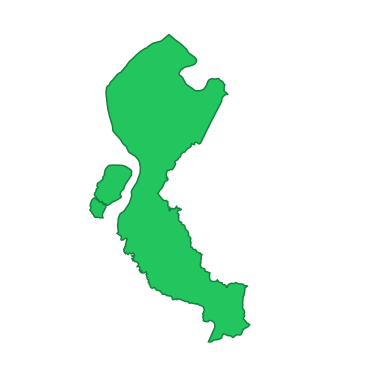 Amapá, Amapá, Brazil (Robinson projection), rotated 232°
{"feature_id": "56859067B97677328674999", "entity_name": "Amapá", "entity_type": "district", "adm_level": 2, "iso_a3": "BRA", "parent_name": "Brazil", "parent_adm1": "Amapá", "projection": "robinson", "projection_center": [-50.772, 1.676], "detail": "fine", "context": "isolated", "style": "filled", "palette": "green", "viewbox_px": 384, "rotation_deg": 232, "n_neighbors": 0, "source": "geoboundaries", "source_scale": "gbopen_adm2", "svg_char_len": 6087}
<svg xmlns="http://www.w3.org/2000/svg" viewBox="0 0 384 384"><g transform="rotate(232 192 192)"><path d="M205.4,107.4L201.4,109.0L200.1,108.6L198.2,106.7L197.5,106.8L196.6,108.3L196.7,109.9L196.3,111.2L196.0,111.8L194.8,112.1L194.4,110.7L192.8,109.2L191.7,107.4L190.5,106.6L190.2,105.2L189.2,104.3L189.0,102.9L187.5,102.5L187.2,101.8L186.6,101.7L184.4,101.6L184.6,102.4L182.1,103.2L182.4,105.3L181.2,105.6L180.3,106.4L180.2,107.2L180.5,107.7L180.1,108.1L179.5,107.8L178.8,108.1L178.3,107.8L177.9,108.0L177.3,107.5L177.5,106.8L178.7,105.3L178.2,105.2L176.7,106.1L176.1,106.1L175.8,104.7L176.7,103.7L174.2,103.2L174.3,104.1L173.7,104.4L172.4,104.1L170.8,105.7L169.2,105.7L168.6,106.0L167.4,104.5L167.0,102.9L166.0,104.1L164.8,104.6L163.4,103.6L163.3,102.6L162.6,102.4L160.9,103.5L161.2,102.2L160.4,102.2L159.6,102.9L159.2,102.6L157.7,104.5L157.2,106.7L155.2,105.9L155.3,105.1L154.1,104.9L151.0,103.2L150.2,103.2L149.8,103.7L149.2,103.4L147.6,101.9L147.1,102.4L146.5,102.3L145.4,101.3L144.5,101.6L142.8,100.8L141.0,101.1L140.5,101.5L140.3,102.9L139.8,103.6L136.5,103.6L133.8,105.9L129.5,105.9L127.8,108.0L126.0,108.3L123.8,110.4L123.5,111.1L121.6,111.6L119.4,110.4L118.3,111.5L117.6,113.8L116.4,113.9L116.3,114.6L116.6,115.1L115.7,116.0L110.4,119.0L108.1,121.2L106.0,121.5L104.9,123.2L101.5,126.0L101.0,127.0L100.4,127.0L99.9,128.0L98.4,128.1L96.1,129.7L94.9,130.1L92.2,129.6L90.9,128.4L89.2,125.3L87.6,124.9L86.8,123.6L85.5,123.2L83.8,121.8L83.2,121.8L80.7,123.7L79.9,125.0L80.2,125.8L80.1,126.4L79.0,127.9L75.9,129.1L74.3,128.6L71.8,127.1L71.1,126.3L63.8,112.7L62.8,113.7L62.1,115.1L61.8,115.9L62.1,117.1L61.7,118.8L60.9,119.7L60.4,121.0L59.7,121.5L58.8,124.9L58.8,125.6L59.8,126.6L60.9,129.8L60.2,130.4L57.3,131.4L54.6,134.1L52.6,134.4L52.0,135.0L52.1,138.4L51.9,139.3L49.7,141.9L49.5,142.8L49.9,144.2L51.3,145.9L52.2,148.0L51.4,153.5L51.8,155.7L54.1,155.1L54.9,154.5L58.2,154.7L60.1,154.3L60.9,154.8L62.1,157.3L63.4,157.6L65.0,159.5L66.3,160.1L69.8,160.4L71.1,162.1L73.8,163.9L77.9,167.8L78.4,169.0L80.3,171.3L83.4,174.4L83.8,174.9L83.8,177.7L84.3,177.6L85.3,176.2L86.6,175.4L87.5,175.7L89.1,174.4L90.2,172.7L93.8,170.6L94.1,168.5L95.9,166.8L96.5,165.1L96.4,162.6L96.0,161.8L95.3,161.5L95.4,160.7L96.3,160.4L96.8,160.9L97.4,161.0L98.8,160.6L99.5,159.7L101.1,159.3L101.7,159.8L104.1,157.9L107.2,157.8L106.7,156.3L107.5,154.9L109.4,152.5L111.3,152.1L113.0,152.7L115.5,154.3L117.2,156.3L121.7,153.5L122.4,154.2L123.7,154.6L126.6,152.8L128.2,153.0L129.0,153.8L130.1,153.9L130.6,154.7L130.6,155.6L132.5,156.4L133.2,157.7L135.1,159.3L136.0,159.7L136.6,161.4L137.8,160.5L138.5,161.0L139.0,160.8L139.2,160.2L142.2,158.9L143.4,159.4L144.8,159.1L146.1,157.5L148.3,158.0L149.2,157.2L150.4,157.8L153.2,160.4L154.2,160.4L156.3,162.6L160.2,162.5L161.1,163.5L163.7,164.5L165.4,164.0L168.3,164.5L169.5,165.3L170.8,165.3L173.3,164.1L174.6,165.1L175.6,164.6L175.8,164.0L177.6,164.0L178.7,164.5L179.8,165.7L180.8,166.0L181.9,167.6L182.4,167.4L183.4,167.8L184.5,167.4L186.0,169.7L185.4,171.7L185.0,171.6L184.7,172.1L184.8,172.6L185.4,172.8L186.5,171.7L187.1,172.0L188.3,170.4L190.1,171.1L189.5,168.0L190.2,166.8L191.5,166.2L191.6,164.8L190.9,162.8L191.5,162.6L192.6,163.2L193.2,164.9L193.7,165.0L195.3,164.1L199.1,166.9L201.0,166.6L202.4,164.8L204.4,164.1L212.3,164.2L212.1,165.5L212.9,166.8L213.6,170.6L214.3,172.5L216.5,176.2L216.7,177.7L216.2,180.0L217.1,181.2L217.9,181.1L218.4,180.4L219.1,180.5L219.2,181.5L221.3,182.0L223.7,185.0L224.0,185.9L223.3,187.3L223.0,188.9L222.0,189.8L222.1,191.7L224.0,196.2L225.4,196.8L226.2,196.6L226.7,197.2L226.2,200.9L227.0,202.1L226.9,204.4L228.3,206.3L228.6,207.3L228.5,209.6L227.9,211.4L228.4,212.5L228.9,215.3L228.4,218.4L228.6,219.5L230.2,220.9L230.2,221.6L228.3,222.4L227.9,223.2L229.1,224.2L229.0,225.5L227.6,226.5L225.5,227.2L225.2,228.7L234.8,248.5L245.3,271.4L246.6,272.4L247.7,273.8L248.0,274.9L248.2,278.4L247.2,279.6L247.1,280.3L248.5,280.3L251.3,279.5L252.0,279.6L254.5,281.7L256.3,283.9L258.3,283.7L260.0,284.1L262.7,283.0L264.8,282.9L265.6,282.1L266.2,280.5L267.2,279.2L269.2,277.4L269.9,274.5L269.4,272.7L267.2,269.2L265.8,265.0L266.0,262.9L267.2,260.2L269.1,257.7L270.3,256.7L273.6,256.0L280.4,253.7L287.9,255.0L289.8,254.8L291.8,254.1L292.7,254.1L293.6,254.8L294.9,258.2L294.8,263.4L293.0,266.8L291.7,270.3L291.2,272.6L291.5,274.4L292.2,275.9L293.1,276.9L293.8,277.1L296.5,277.1L303.7,275.0L307.9,275.5L311.1,275.1L316.6,274.1L322.8,272.3L330.3,270.8L329.9,260.8L333.2,252.8L333.7,247.4L333.3,244.6L334.0,243.8L334.5,237.7L334.3,232.8L333.6,227.5L333.4,223.0L332.0,218.3L331.5,217.8L331.6,216.4L330.1,209.4L330.6,207.8L330.6,205.3L329.2,199.2L328.6,194.8L327.6,193.6L327.3,191.9L327.5,190.9L326.8,188.9L323.8,185.9L321.3,184.1L309.5,176.9L301.8,173.4L293.5,170.2L289.1,167.5L288.1,167.2L277.3,168.0L272.4,167.3L268.4,168.2L262.8,166.8L261.7,166.9L255.0,169.4L250.7,169.5L247.3,168.9L245.8,167.6L243.6,166.9L238.8,162.6L233.6,154.3L230.7,146.1L229.5,144.2L226.6,142.5L225.5,141.4L221.6,135.3L219.2,128.0L218.8,126.1L219.1,122.1L218.2,120.2L215.9,116.9L213.3,114.9L211.9,113.1L205.8,109.3L205.4,107.4ZM240.9,113.3L239.8,115.3L237.1,115.2L236.1,116.4L235.1,116.6L234.1,116.4L233.5,117.3L233.1,119.4L233.1,122.8L232.0,127.3L231.4,132.4L231.5,133.2L232.1,133.5L233.9,133.5L235.4,135.1L236.1,137.1L236.3,139.8L238.1,142.4L239.3,144.7L242.4,154.4L244.8,156.7L246.1,157.4L247.3,157.4L252.9,155.5L256.0,153.4L262.0,146.2L263.9,143.1L264.0,140.8L263.2,137.9L262.5,136.7L260.2,134.0L259.5,134.1L258.6,131.0L256.7,129.4L257.0,128.1L256.6,125.9L257.0,123.0L256.7,122.4L255.0,120.7L254.1,120.9L253.4,120.5L253.3,118.9L252.4,117.3L251.6,116.8L250.9,114.4L249.9,113.3L249.1,113.2L247.3,113.4L244.7,113.1L243.2,113.6L241.7,113.0L240.9,113.3ZM239.2,114.9L241.3,112.7L243.0,113.0L244.9,112.2L246.5,112.2L247.2,111.8L247.7,110.4L247.1,107.6L245.9,106.3L245.6,105.0L244.6,104.3L243.8,103.1L242.6,103.3L241.7,102.4L240.5,100.3L237.8,100.6L236.6,100.1L235.7,100.4L232.8,99.9L231.6,100.2L229.6,102.6L227.8,104.1L226.5,106.1L228.1,106.5L230.1,108.4L233.0,114.7L234.2,115.7L235.5,116.0L237.0,114.5L239.2,114.9Z" fill="#22c55e" stroke="#15803d" stroke-width="1.5"/></g></svg>